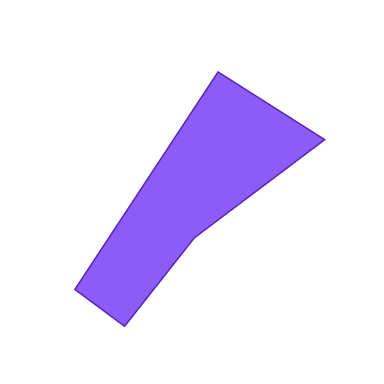 the district of Qina City, Qina, Egypt, rotated 251°
{"feature_id": "37247803B94417968817411", "entity_name": "Qina City", "entity_type": "district", "adm_level": 2, "iso_a3": "EGY", "parent_name": "Egypt", "parent_adm1": "Qina", "projection": "orthographic", "projection_center": [32.757, 26.178], "detail": "fine", "context": "isolated", "style": "filled", "palette": "violet", "viewbox_px": 384, "rotation_deg": 251, "n_neighbors": 0, "source": "geoboundaries", "source_scale": "gbopen_adm2", "svg_char_len": 240}
<svg xmlns="http://www.w3.org/2000/svg" viewBox="0 0 384 384"><g transform="rotate(251 192 192)"><path d="M297.0,255.7L138.0,49.5L87.0,84.5L148.0,179.5L198.3,334.5L297.0,255.7Z" fill="#8b5cf6" stroke="#5b21b6" stroke-width="1.5"/></g></svg>